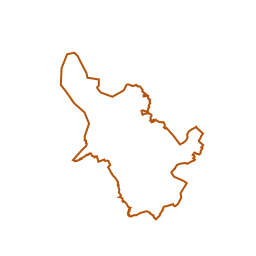 Rindal nor, Møre og Romsdal, Norway, rotated 152°
{"feature_id": "86288312B78124054872734", "entity_name": "Rindal nor", "entity_type": "district", "adm_level": 2, "iso_a3": "NOR", "parent_name": "Norway", "parent_adm1": "Møre og Romsdal", "projection": "mercator", "projection_center": [9.312, 63.003], "detail": "fine", "context": "isolated", "style": "outline", "palette": "amber", "viewbox_px": 256, "rotation_deg": 152, "n_neighbors": 0, "source": "geoboundaries", "source_scale": "gbopen_adm2", "svg_char_len": 5417}
<svg xmlns="http://www.w3.org/2000/svg" viewBox="0 0 256 256"><g transform="rotate(152 128 128)"><path d="M146.3,34.3L142.0,35.6L141.7,35.5L140.1,36.6L139.9,37.3L138.9,37.6L138.6,37.9L138.2,38.0L137.4,38.6L136.8,38.7L136.4,39.0L136.0,39.0L135.8,39.5L135.7,39.9L134.3,40.7L134.2,40.9L134.2,41.1L132.9,41.7L131.3,41.0L128.6,40.4L128.1,40.4L123.9,39.6L124.1,38.2L123.2,36.8L119.3,37.5L113.6,41.6L112.2,45.8L102.0,51.7L104.0,55.5L110.1,63.2L110.6,66.2L110.6,68.5L105.8,70.3L105.7,70.1L103.2,71.8L102.4,72.0L101.9,72.4L98.4,71.9L93.4,70.0L92.8,68.7L92.0,68.6L87.3,68.6L86.0,68.5L84.9,68.2L83.7,68.7L84.7,70.7L83.3,71.2L82.7,71.2L82.7,71.5L82.5,72.0L82.5,72.4L82.6,73.0L83.4,73.5L83.6,73.8L80.9,75.1L80.3,74.2L79.9,73.8L79.4,72.8L78.1,72.0L77.5,71.1L75.8,71.7L75.2,72.3L75.0,73.1L74.6,73.5L71.7,75.3L72.1,76.1L72.4,76.4L69.6,77.6L71.7,83.1L71.3,83.6L70.2,84.3L69.4,84.6L67.0,86.6L64.4,87.9L67.0,95.1L67.2,97.1L68.8,96.8L72.6,96.9L73.6,96.7L75.5,96.5L77.5,95.5L79.1,94.1L79.5,92.7L79.6,92.1L80.7,91.0L82.1,90.1L83.5,89.5L86.4,89.0L89.4,89.2L89.8,89.1L91.4,99.0L92.1,102.4L92.6,103.9L93.1,106.6L93.9,109.4L94.0,110.0L95.1,109.8L95.2,110.3L95.3,110.4L95.7,110.9L96.0,111.7L95.1,112.0L94.8,112.2L94.2,113.2L93.9,114.0L93.8,114.7L93.8,115.0L94.1,115.9L94.0,116.6L94.7,116.9L95.2,116.9L95.4,117.0L95.6,117.3L97.7,118.8L98.7,120.3L99.5,121.7L99.5,121.9L99.5,122.1L102.9,121.6L104.6,122.1L104.4,122.8L102.9,122.4L100.9,122.8L101.2,123.2L102.7,123.0L103.0,123.1L103.2,123.3L103.9,123.1L104.1,123.2L104.1,123.5L104.6,123.9L104.2,124.0L104.0,124.9L103.7,125.1L103.8,125.5L103.5,125.8L103.5,126.1L103.4,126.3L103.2,126.5L103.0,127.0L102.0,127.3L101.6,127.6L101.2,128.4L101.2,128.7L101.4,129.3L101.8,129.9L102.7,130.9L102.9,131.2L102.8,131.5L104.0,131.7L106.8,132.8L108.9,132.8L108.1,136.8L106.8,136.6L106.3,136.4L106.3,136.2L106.2,136.0L105.6,135.5L105.5,135.2L105.3,135.0L105.0,134.7L104.6,134.7L104.0,134.1L103.9,134.0L103.7,133.4L103.3,133.0L103.1,132.8L103.0,133.1L102.5,133.6L102.2,134.2L101.8,134.7L101.4,134.9L101.0,135.6L100.6,136.1L99.4,136.4L99.3,136.7L99.3,137.1L99.3,137.6L99.2,137.8L99.3,138.0L99.1,138.2L98.4,138.5L98.0,138.9L97.6,139.2L96.8,139.4L96.7,139.8L96.5,140.2L96.7,140.9L96.3,141.1L96.4,141.3L96.3,141.6L95.8,141.9L95.3,142.6L95.2,142.7L95.3,142.8L96.0,143.7L96.0,143.8L96.0,144.2L96.3,144.6L96.3,145.0L95.9,145.4L95.5,146.0L95.5,146.8L95.8,147.3L98.7,148.2L99.4,148.6L98.7,149.7L97.5,149.0L96.1,148.5L96.6,149.2L96.7,149.5L96.7,149.8L96.4,150.1L96.4,150.3L96.7,150.8L97.2,151.1L97.4,151.7L98.0,152.9L98.2,153.6L98.1,153.8L97.7,153.9L97.4,154.2L97.4,154.4L97.5,154.7L97.2,155.1L97.3,155.9L97.5,156.3L97.5,156.7L97.7,157.3L97.7,157.8L97.7,158.2L97.6,158.6L97.7,158.8L98.2,159.3L98.7,159.4L99.9,160.1L100.1,160.5L99.9,160.8L100.1,161.0L100.2,161.5L100.4,161.9L100.4,162.1L100.5,162.3L101.1,162.4L102.9,162.3L103.1,162.4L103.9,163.3L104.3,163.4L104.7,163.2L105.8,164.8L107.0,166.2L108.2,166.8L108.9,166.8L114.2,163.2L127.1,162.9L135.4,172.1L136.4,177.2L136.3,178.3L133.9,179.1L131.0,184.6L140.2,191.4L138.9,195.9L138.8,210.5L138.6,214.9L140.1,219.7L147.1,221.7L158.6,212.0L167.1,197.5L165.6,189.0L164.3,178.8L164.5,178.8L164.1,176.9L163.9,175.1L159.1,162.3L160.3,150.2L170.4,140.7L170.7,139.4L171.4,138.6L171.8,137.8L172.1,137.5L171.8,136.9L171.0,136.6L171.2,136.0L172.2,134.6L171.7,133.7L172.7,132.3L174.4,131.4L176.2,131.0L179.5,130.0L191.6,125.5L191.1,124.9L190.9,124.2L190.5,123.6L190.3,123.6L190.2,123.8L189.9,123.8L189.1,123.2L188.9,123.3L188.3,122.8L187.6,122.9L186.0,122.8L185.6,122.6L184.9,122.8L184.2,122.6L184.3,123.0L184.4,123.3L180.8,123.1L176.5,123.7L176.3,123.0L175.3,123.1L174.3,123.6L174.0,123.5L173.9,123.1L172.8,123.1L172.6,122.8L172.8,121.8L172.7,120.0L172.2,119.5L171.7,119.4L171.3,117.7L171.0,117.7L171.2,118.5L168.8,117.6L169.9,112.0L169.6,111.9L169.0,111.9L168.2,112.0L167.4,111.7L163.9,111.4L163.9,111.0L163.7,109.8L161.7,108.9L160.7,107.8L161.1,105.2L161.0,103.7L164.0,102.7L163.9,102.0L163.9,100.7L163.7,99.4L163.9,97.1L163.9,96.0L163.6,95.2L163.7,94.0L163.7,93.5L163.6,93.0L163.5,92.5L162.9,91.1L162.7,90.3L162.6,89.1L162.3,86.1L162.2,85.2L162.5,85.2L162.9,83.9L163.1,82.1L163.8,82.3L164.1,80.0L164.7,77.5L166.4,75.2L166.0,73.5L165.9,71.8L166.3,71.6L167.2,70.7L167.8,70.8L166.6,69.7L166.2,69.2L165.9,68.7L166.6,66.9L167.3,65.9L167.3,65.4L167.0,65.3L166.9,65.1L166.0,65.3L165.8,64.5L165.1,63.0L165.0,61.7L164.8,59.8L164.9,59.3L164.8,58.4L164.7,58.0L164.2,57.6L164.3,57.3L164.1,57.1L164.1,56.9L163.9,56.7L164.1,56.7L163.9,56.6L164.2,56.4L163.9,56.3L164.1,56.1L164.4,56.2L164.5,55.9L164.5,55.7L164.7,55.8L164.8,55.6L165.3,55.4L165.3,55.2L165.6,55.2L165.8,55.1L165.7,54.9L165.9,54.9L166.1,54.8L166.5,54.4L166.5,54.1L166.7,53.9L166.8,53.8L166.9,53.5L166.8,53.4L167.6,53.3L167.7,53.2L167.9,52.9L168.0,52.5L168.3,52.3L168.3,52.2L168.4,51.9L168.1,51.9L168.0,51.7L168.1,51.4L167.8,51.2L168.0,51.0L167.9,50.9L168.3,50.7L168.2,50.5L168.0,50.3L168.1,50.2L168.0,49.8L168.2,49.5L168.0,49.4L167.9,49.3L168.0,49.2L167.9,49.1L168.0,49.0L168.1,48.7L168.0,48.9L165.9,48.5L165.9,48.3L164.6,48.4L163.1,48.1L162.1,47.1L156.7,47.2L154.9,46.7L150.9,45.9L149.8,45.0L148.8,43.3L148.8,43.1L148.6,43.0L148.6,42.8L148.4,42.7L148.5,42.5L148.6,42.4L148.6,42.1L147.9,41.1L147.4,39.7L147.1,39.5L147.1,39.3L147.0,39.2L147.0,38.8L146.6,38.5L146.9,38.1L146.9,37.9L147.0,37.6L147.0,37.2L147.2,36.9L147.0,36.7L146.9,36.2L146.5,35.5L146.5,35.4L146.4,34.6L146.3,34.3Z" fill="none" stroke="#b45309" stroke-width="2"/></g></svg>